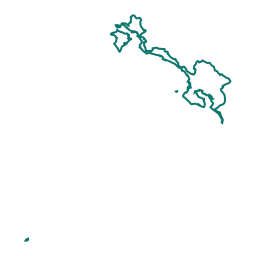 an SVG outline of Puntarenas
{"feature_id": "CRI-1330", "entity_name": "Puntarenas", "entity_type": "Province", "adm_level": 1, "iso_a3": "CRI", "parent_name": "Costa Rica", "parent_adm1": "", "projection": "albers", "projection_center": [-84.164, 7.924], "detail": "fine", "context": "isolated", "style": "outline", "palette": "teal", "viewbox_px": 256, "rotation_deg": 0, "n_neighbors": 0, "source": "natural_earth", "source_scale": "10m", "svg_char_len": 5675}
<svg xmlns="http://www.w3.org/2000/svg" viewBox="0 0 256 256"><path d="M220.2,74.4L220.2,74.9L221.6,74.3L222.0,74.3L222.3,74.5L222.8,75.5L224.1,76.2L226.3,77.7L228.4,78.4L229.0,78.9L230.4,81.3L229.7,82.4L228.3,83.3L223.6,85.3L223.0,85.6L222.6,86.2L223.2,86.7L223.2,87.3L222.7,87.8L221.3,88.7L221.0,89.1L220.9,89.8L221.1,90.5L223.8,93.8L224.4,95.0L224.8,96.4L225.0,99.7L224.9,101.4L224.5,102.7L223.5,104.0L222.2,104.6L220.9,105.0L219.6,105.7L217.6,107.7L215.0,109.2L215.0,109.8L215.4,110.3L216.7,111.0L217.7,112.1L218.5,111.9L219.0,112.0L219.8,112.4L220.1,112.9L220.3,114.4L222.8,119.8L222.5,121.9L222.2,122.9L221.6,122.4L221.7,121.7L222.2,120.2L222.1,119.6L218.9,114.2L217.8,113.0L212.0,108.8L210.5,107.3L211.8,105.6L212.1,105.5L213.1,103.6L212.9,102.9L211.3,101.0L211.1,100.5L211.1,99.8L212.7,98.9L212.1,98.7L210.8,98.8L210.1,98.5L209.8,98.2L208.9,96.3L209.2,95.7L209.5,95.7L210.1,96.8L210.1,97.4L210.3,97.5L211.7,97.0L211.7,96.6L210.4,95.8L209.5,94.7L209.2,94.7L208.8,95.3L207.0,95.2L206.3,95.3L205.4,94.1L204.8,93.7L204.1,94.1L202.6,93.2L202.2,92.5L202.5,91.5L201.9,91.5L202.0,90.7L201.4,90.4L199.6,89.9L199.4,90.5L198.8,90.2L198.3,90.2L197.9,91.1L197.3,91.2L195.7,91.0L195.1,91.2L194.9,92.1L195.2,91.8L195.5,91.8L197.1,94.3L197.3,95.0L198.7,97.0L199.3,97.3L201.7,97.9L202.3,98.3L203.5,99.5L204.1,99.2L204.1,100.4L204.1,100.8L203.8,101.1L203.8,101.5L204.5,102.4L204.8,104.1L204.6,105.8L204.1,106.9L203.1,107.0L201.4,106.4L199.8,105.7L199.0,105.0L200.3,105.3L199.4,104.9L198.7,104.4L198.7,105.0L196.0,103.9L195.1,103.7L191.4,104.1L190.8,103.8L189.0,101.6L185.0,97.9L184.7,97.5L183.3,96.8L183.1,95.4L184.9,92.8L186.1,92.2L186.5,92.6L186.8,92.3L188.2,90.2L187.6,89.5L188.3,88.6L189.6,88.0L190.8,87.7L190.8,87.4L189.2,87.3L188.4,88.2L187.8,88.4L187.6,88.0L187.9,87.2L188.5,86.4L190.2,85.5L190.4,84.9L190.1,84.5L189.0,83.7L188.9,82.9L189.7,83.3L190.7,83.5L189.0,82.1L188.2,81.9L188.8,81.5L188.7,81.3L188.2,80.9L188.4,80.4L189.4,79.3L188.0,75.7L187.2,74.8L186.9,75.2L185.9,73.8L184.9,72.2L183.7,71.0L181.9,70.6L182.0,69.4L180.9,68.4L179.5,67.7L178.5,67.4L174.9,63.9L171.3,62.3L170.7,61.8L166.3,60.1L165.4,60.3L165.1,59.7L164.4,60.0L163.6,59.3L162.8,59.1L163.3,58.2L162.7,57.0L161.4,56.0L160.3,55.6L160.3,55.9L161.0,56.1L161.6,56.5L160.4,56.3L158.5,55.2L156.1,54.8L149.9,53.1L148.7,53.0L147.0,53.4L146.3,53.3L145.8,52.9L145.4,51.9L144.8,51.7L145.1,52.4L142.6,50.6L142.1,49.3L140.7,48.5L140.5,47.2L139.7,47.2L139.9,46.7L139.7,45.3L140.0,44.8L140.8,44.0L141.1,43.2L141.8,42.3L141.9,41.6L141.8,41.0L140.7,39.8L138.8,37.0L138.3,36.6L137.5,36.3L137.6,35.6L138.3,34.5L137.2,33.6L137.0,33.1L137.2,32.4L135.9,32.0L131.8,32.4L131.8,32.1L132.3,31.8L134.7,31.8L134.7,31.4L131.9,31.1L130.7,30.7L129.6,30.1L128.0,28.7L127.1,28.3L126.7,27.8L126.9,27.6L126.2,27.2L124.3,25.4L123.3,24.9L122.8,24.5L122.5,24.4L121.8,24.7L121.4,24.4L121.7,23.5L122.7,23.3L124.0,23.2L124.7,23.6L125.6,23.5L126.4,23.9L127.8,25.4L128.6,25.6L128.4,24.6L128.6,24.0L129.6,23.0L130.7,22.5L130.9,22.2L130.9,21.7L130.6,20.9L130.9,20.0L131.3,18.4L131.2,18.0L130.7,17.5L130.7,17.1L131.1,16.6L132.8,15.4L133.8,15.4L134.8,16.1L135.8,17.7L136.5,18.4L138.0,18.2L139.2,17.8L139.5,17.8L140.3,18.3L140.6,19.1L141.1,19.6L141.1,20.0L140.5,21.3L140.2,22.3L140.5,23.4L140.4,24.8L140.6,25.5L141.4,27.0L143.2,29.5L143.7,30.3L144.3,30.2L144.8,29.9L145.1,30.0L145.7,31.0L145.6,31.3L145.4,31.6L144.5,32.0L142.2,33.5L141.7,33.6L140.5,35.3L140.0,35.6L139.9,36.3L140.4,36.7L141.4,37.1L143.3,37.4L143.7,37.8L144.7,39.1L144.3,39.4L145.4,40.1L146.0,41.0L146.0,41.5L145.8,42.2L145.3,42.3L144.0,42.3L143.8,42.6L143.7,42.8L144.2,44.7L144.2,45.7L145.3,47.8L145.8,49.8L146.6,51.0L147.2,51.1L148.7,50.9L149.3,51.0L150.2,50.8L150.9,51.4L151.3,51.4L151.6,51.2L151.9,50.6L152.8,49.7L152.7,48.3L154.9,47.9L157.5,47.9L158.3,48.7L158.8,48.8L160.5,48.7L161.1,49.0L161.8,49.1L163.8,48.9L164.4,49.0L164.7,49.7L164.6,50.8L164.7,51.1L165.2,51.6L165.6,51.7L166.8,51.7L167.6,51.9L167.9,52.9L167.6,53.8L167.8,54.1L168.8,54.6L169.6,56.0L170.6,57.1L173.6,59.1L174.3,59.3L174.7,59.0L175.2,58.9L175.6,59.2L176.0,60.0L176.2,61.0L177.7,62.5L178.2,63.2L178.2,64.5L178.5,65.4L179.0,66.3L179.4,66.5L182.0,67.7L182.3,67.5L182.8,66.9L183.1,66.7L183.7,66.7L184.3,66.9L186.0,68.9L186.5,70.6L187.0,71.2L191.3,74.0L192.5,73.9L193.3,74.6L193.7,74.6L195.0,73.3L195.1,72.9L195.0,71.8L195.5,70.4L195.5,69.6L195.2,69.0L194.7,69.0L194.3,68.7L193.8,68.6L193.8,68.4L194.3,65.9L195.7,64.2L196.5,62.2L197.5,61.1L198.8,61.6L199.0,61.7L199.2,62.4L199.4,62.4L199.9,62.0L201.2,61.8L202.0,60.9L202.7,60.5L203.3,60.8L204.1,61.5L205.4,62.0L206.8,62.8L207.4,63.0L209.2,62.8L209.7,62.8L211.8,65.5L213.9,66.8L214.9,70.4L217.2,71.3L218.0,72.9L218.8,73.6L219.6,73.9L220.2,74.4ZM117.2,29.9L118.2,30.9L121.4,32.2L121.7,32.1L122.4,32.4L124.2,33.4L125.0,33.7L125.9,33.7L126.8,33.4L129.0,35.0L129.0,35.3L128.1,35.5L128.1,36.2L129.3,37.6L128.5,37.9L128.0,38.5L128.7,38.8L129.5,38.9L131.1,38.9L131.1,39.2L128.9,40.4L128.5,41.4L127.4,42.1L126.7,43.6L125.3,42.9L124.5,42.8L124.2,43.5L125.1,44.8L123.2,45.7L123.1,46.0L122.0,46.5L121.7,46.9L120.7,50.1L119.7,51.7L119.4,51.7L118.1,49.0L114.3,43.7L114.9,43.4L115.2,42.8L115.5,42.4L115.9,41.6L116.3,41.2L116.1,40.5L116.9,37.8L115.9,37.4L115.5,36.3L114.8,35.6L114.1,35.2L113.2,35.1L112.8,34.9L111.5,34.8L111.1,34.6L110.9,34.1L111.5,33.4L112.6,32.8L113.4,32.6L113.8,32.9L115.4,32.1L116.4,31.8L116.7,31.4L117.2,29.9ZM118.2,26.0L119.9,26.6L120.4,26.6L120.4,26.9L119.1,27.3L117.6,27.3L116.8,26.9L116.4,26.5L115.7,25.3L117.0,25.0L119.8,25.7L119.8,26.0L118.2,26.0ZM27.5,240.4L25.6,240.6L26.2,239.6L27.5,238.8L28.1,238.7L28.1,239.7L27.5,240.4ZM175.9,91.5L176.5,91.2L177.2,91.2L177.1,91.7L176.7,91.9L176.2,91.8L175.9,91.5Z" fill="none" stroke="#0f766e" stroke-width="2"/></svg>